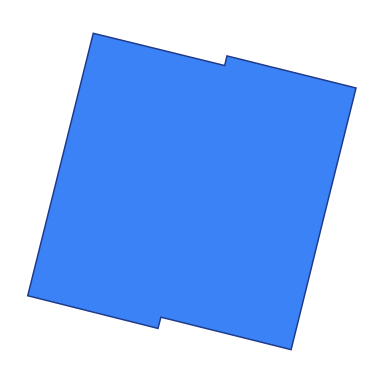 outline of Black Hawk, Iowa, United States of America, rotated 284°
{"feature_id": "52423323B64138679550373", "entity_name": "Black Hawk", "entity_type": "district", "adm_level": 2, "iso_a3": "USA", "parent_name": "United States of America", "parent_adm1": "Iowa", "projection": "orthographic", "projection_center": [-92.335, 42.47], "detail": "fine", "context": "isolated", "style": "filled", "palette": "blue", "viewbox_px": 384, "rotation_deg": 284, "n_neighbors": 0, "source": "geoboundaries", "source_scale": "gbopen_adm2", "svg_char_len": 319}
<svg xmlns="http://www.w3.org/2000/svg" viewBox="0 0 384 384"><g transform="rotate(284 192 192)"><path d="M51.5,124.9L51.4,192.0L63.0,192.1L63.0,326.3L130.0,326.2L198.0,326.0L332.6,326.0L332.6,324.5L332.5,193.0L322.6,193.1L322.1,57.8L51.6,57.7L51.5,124.9Z" fill="#3b82f6" stroke="#1e3a8a" stroke-width="1.5"/></g></svg>